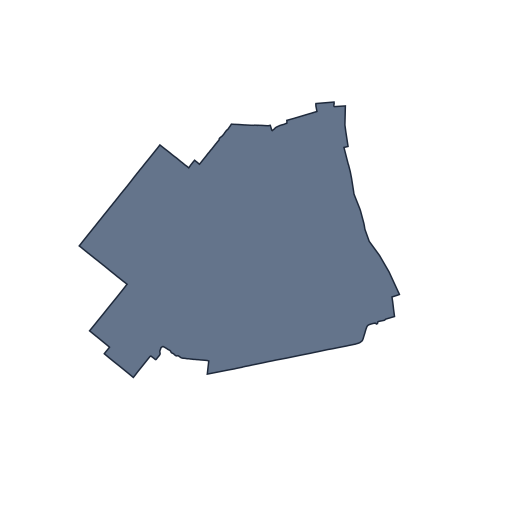 Slobozia, Giurgiu, Romania, rotated 310°
{"feature_id": "2599482B23076284199588", "entity_name": "Slobozia", "entity_type": "district", "adm_level": 2, "iso_a3": "ROU", "parent_name": "Romania", "parent_adm1": "Giurgiu", "projection": "equal_earth", "projection_center": [25.878, 43.851], "detail": "fine", "context": "isolated", "style": "filled", "palette": "slate", "viewbox_px": 512, "rotation_deg": 310, "n_neighbors": 0, "source": "geoboundaries", "source_scale": "gbopen_adm2", "svg_char_len": 6009}
<svg xmlns="http://www.w3.org/2000/svg" viewBox="0 0 512 512"><g transform="rotate(310 256 256)"><path d="M298.7,401.0L304.1,395.1L304.7,394.5L309.1,389.8L309.7,389.1L312.0,386.5L316.0,389.0L316.8,389.5L318.7,390.6L319.1,389.9L319.4,389.3L319.8,388.3L320.2,387.5L329.3,368.2L335.8,350.3L340.0,333.3L346.5,322.2L349.1,319.2L349.7,318.4L350.3,317.7L357.8,307.0L359.0,305.0L365.9,292.2L366.6,291.0L368.0,289.5L376.9,279.3L381.2,274.0L385.3,268.3L385.5,267.8L395.7,253.6L399.1,256.1L407.9,246.1L408.4,245.5L413.5,239.9L428.4,228.0L420.8,220.0L420.9,219.8L420.9,219.7L420.9,219.3L421.3,218.9L421.8,218.5L422.5,218.2L422.9,218.0L423.0,217.8L423.1,217.6L423.6,217.4L423.7,217.2L423.8,216.8L424.0,216.7L423.1,215.8L411.3,203.9L410.7,204.3L409.3,205.6L405.9,209.8L384.5,195.7L379.7,192.4L379.0,193.2L377.4,194.3L376.2,193.4L375.3,193.1L372.6,191.2L371.3,190.4L368.1,188.9L367.3,188.6L366.5,188.4L365.2,188.4L363.7,188.1L363.0,187.9L362.5,187.9L362.4,187.4L365.3,182.9L365.0,182.6L364.6,182.4L364.0,182.0L363.2,181.1L361.7,179.1L360.4,177.3L359.1,175.6L358.2,174.5L357.4,173.4L357.1,173.1L356.8,173.0L356.8,172.8L356.7,172.6L356.1,171.8L355.3,170.8L354.4,170.0L353.9,169.3L352.9,168.1L352.3,167.3L351.5,166.2L351.2,165.8L350.8,165.3L350.3,164.6L350.0,164.2L348.9,162.8L346.7,159.7L345.9,158.6L345.2,157.7L344.3,156.5L343.5,155.5L342.5,154.2L341.2,152.4L339.5,152.6L339.3,152.7L338.7,152.7L337.4,152.8L335.1,153.0L334.6,153.0L334.4,152.9L334.1,152.8L333.6,152.7L332.7,152.7L331.8,152.7L331.1,152.8L330.4,152.8L329.7,152.9L328.9,153.0L328.1,153.0L326.9,153.0L326.4,153.0L325.8,152.9L324.9,152.7L323.9,152.5L323.3,152.4L322.6,152.4L322.2,152.5L321.9,152.6L321.3,153.0L321.1,153.1L320.7,153.2L319.7,153.1L318.0,153.1L316.7,153.2L315.8,153.1L315.3,153.1L314.8,153.2L314.3,153.2L313.6,153.2L311.8,153.3L310.6,153.3L309.5,153.4L308.3,153.3L307.1,153.3L305.9,153.4L305.0,153.4L304.3,153.4L303.8,153.3L303.6,153.3L303.0,153.4L302.3,153.4L300.7,153.5L295.0,153.6L292.6,153.7L291.0,153.7L289.9,153.7L289.9,152.3L290.0,151.3L289.9,149.2L289.9,147.4L287.5,147.4L284.8,147.5L283.5,147.5L282.1,147.7L280.3,147.8L280.3,145.5L280.1,143.1L280.1,141.1L280.1,139.4L280.0,138.0L280.0,134.9L280.0,132.1L279.8,129.4L279.7,126.6L279.7,123.6L279.6,120.3L279.5,117.9L279.4,115.0L279.3,111.0L277.2,111.1L274.8,111.2L273.3,111.2L269.3,111.3L259.9,111.5L257.2,111.5L253.4,111.6L251.0,111.7L248.7,111.7L246.9,111.7L245.2,111.8L244.2,111.8L242.6,111.8L240.7,111.9L239.3,111.9L237.0,112.0L235.0,112.1L232.6,112.2L228.8,112.3L227.1,112.4L224.5,112.4L222.3,112.5L221.4,112.4L219.4,112.5L216.1,112.5L214.5,112.6L212.9,112.6L212.4,112.7L210.9,112.7L209.7,112.7L207.9,112.8L206.5,112.8L204.6,112.8L202.6,112.9L199.4,112.9L196.8,113.0L192.3,113.1L190.0,113.1L184.0,113.3L182.0,113.3L178.2,113.4L175.7,113.5L173.5,113.5L170.6,113.6L164.2,113.7L160.8,113.8L156.6,113.9L153.9,114.0L150.1,114.1L150.2,116.1L150.2,117.6L150.2,119.6L150.3,124.0L150.3,126.0L150.4,126.4L150.4,128.6L150.5,131.3L150.5,133.7L150.6,135.8L150.7,138.3L150.7,140.2L150.8,142.6L150.8,144.3L150.9,146.2L150.9,147.6L150.9,149.6L151.0,150.8L150.9,151.2L151.0,156.2L151.1,159.7L151.1,163.2L151.2,164.9L151.3,170.4L151.4,172.0L151.5,175.4L150.5,175.4L148.3,175.5L142.1,175.7L141.0,175.7L138.1,175.8L133.6,175.9L126.0,176.0L120.1,176.1L116.3,176.2L112.1,176.3L111.8,176.3L111.5,176.3L104.1,176.4L100.3,176.5L91.7,176.6L91.8,185.2L91.9,188.9L91.9,191.8L92.0,198.8L92.0,202.4L88.7,202.5L85.7,202.5L83.6,202.6L83.6,208.5L83.7,215.0L83.9,222.2L84.0,228.8L84.1,235.5L84.1,240.1L87.7,240.0L91.4,239.8L97.3,239.7L101.8,239.6L110.0,239.4L110.7,239.4L111.3,239.5L111.6,239.7L111.8,239.8L112.0,243.0L112.0,245.2L112.0,245.5L112.2,245.8L112.4,245.9L112.6,246.0L112.9,246.0L114.8,245.9L116.4,245.9L117.2,245.9L118.2,245.8L118.8,245.7L119.1,245.6L119.6,245.3L120.1,244.7L120.7,244.1L120.9,243.8L121.1,243.6L121.4,243.4L121.7,243.3L121.9,243.2L122.8,242.9L123.7,242.6L124.1,242.3L124.3,242.3L124.4,242.2L124.7,242.2L125.4,242.3L126.0,242.5L126.5,242.7L126.8,242.8L127.0,243.1L127.0,243.3L127.1,243.8L127.2,244.2L127.3,244.4L127.4,245.1L127.7,247.0L127.8,247.8L127.8,248.5L127.9,248.9L128.1,249.7L128.2,250.1L128.3,250.4L128.3,250.8L128.3,251.2L128.2,251.5L128.1,251.9L127.9,252.4L127.7,252.8L127.6,253.1L127.6,253.3L127.6,253.7L127.7,254.1L127.9,254.8L128.1,255.5L128.1,255.8L128.1,256.2L128.0,256.8L128.0,257.1L128.0,257.8L128.1,258.5L128.1,258.8L128.2,259.1L128.5,259.4L129.1,260.0L129.5,260.3L129.6,260.5L129.7,261.0L129.7,261.9L129.8,262.5L129.8,263.4L130.0,264.2L130.2,264.7L130.4,265.2L130.8,265.8L131.2,266.4L131.6,266.9L132.1,267.6L132.3,268.0L132.7,268.7L132.9,269.1L133.5,269.9L133.8,270.2L134.0,270.4L135.0,272.1L135.8,273.2L136.7,274.7L137.7,275.9L138.0,276.4L138.4,277.0L138.7,277.5L139.2,278.0L139.5,278.4L139.9,279.1L140.3,279.6L140.9,280.6L141.6,281.5L143.3,283.9L144.6,285.8L145.2,287.3L134.2,294.6L150.7,307.9L156.0,312.3L156.5,312.6L157.8,313.6L159.4,314.9L160.7,315.9L161.5,316.6L161.9,316.9L162.3,317.1L162.7,317.3L163.1,317.7L164.5,318.7L167.1,320.9L169.2,322.5L169.4,322.6L174.4,326.6L178.8,330.1L182.6,333.0L186.3,336.0L188.9,338.0L191.2,339.9L193.0,341.4L197.5,345.1L200.8,347.7L208.9,354.1L213.0,357.4L216.2,360.0L219.7,362.7L221.6,364.2L221.8,364.4L230.7,371.3L233.0,373.3L234.8,374.8L237.5,376.9L239.6,378.6L242.7,381.1L245.4,383.3L246.9,384.4L249.0,386.1L251.3,387.9L252.4,388.8L253.1,389.2L254.1,389.9L254.9,390.4L255.4,390.7L255.7,390.9L256.2,391.1L256.7,391.3L257.6,391.5L258.5,391.7L259.1,391.8L259.6,391.8L260.3,391.6L261.0,391.4L261.6,391.2L264.8,389.8L267.0,388.9L268.7,388.1L270.6,387.3L272.0,386.8L273.1,386.4L273.9,386.3L274.4,386.3L275.0,386.4L275.4,386.5L275.9,386.7L276.6,387.1L278.2,388.1L279.5,389.0L280.0,389.4L280.5,389.9L280.9,390.3L281.1,390.3L281.2,390.5L281.2,390.8L281.4,391.3L281.3,391.6L281.3,391.9L281.4,392.1L281.5,392.1L281.8,392.2L282.0,392.3L282.3,392.5L282.4,392.4L282.8,392.2L283.4,391.9L283.9,391.7L284.8,392.1L289.2,395.6L289.5,395.7L289.9,395.8L290.5,395.9L291.1,396.0L298.7,401.0Z" fill="#64748b" stroke="#1e293b" stroke-width="1.5"/></g></svg>